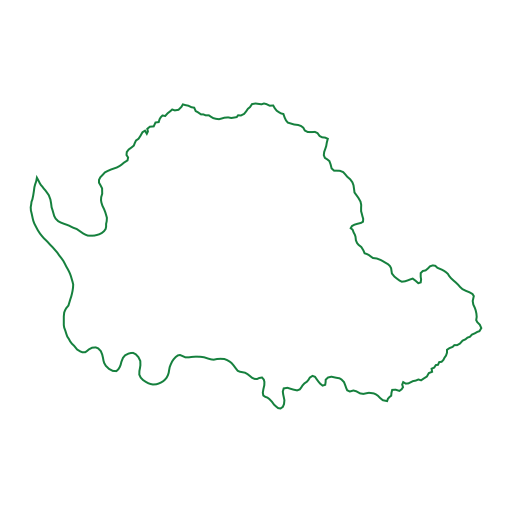 Felixlândia, Minas Gerais, Brazil
{"feature_id": "56859067B66190002912803", "entity_name": "Felixlândia", "entity_type": "district", "adm_level": 2, "iso_a3": "BRA", "parent_name": "Brazil", "parent_adm1": "Minas Gerais", "projection": "albers", "projection_center": [-44.964, -18.693], "detail": "fine", "context": "isolated", "style": "outline", "palette": "green", "viewbox_px": 512, "rotation_deg": 0, "n_neighbors": 0, "source": "geoboundaries", "source_scale": "gbopen_adm2", "svg_char_len": 6030}
<svg xmlns="http://www.w3.org/2000/svg" viewBox="0 0 512 512"><path d="M327.8,138.8L325.1,137.6L322.1,137.3L319.6,136.0L317.5,133.1L314.9,131.9L311.6,132.1L307.7,132.0L304.8,130.5L303.3,127.7L301.0,126.0L298.2,125.0L294.1,124.5L287.8,122.6L286.0,120.4L284.7,117.7L283.4,114.0L281.0,113.4L278.9,112.2L276.7,110.7L274.8,108.3L273.2,105.5L269.7,105.7L266.4,104.1L264.0,103.5L261.5,104.3L255.5,103.5L252.0,104.1L250.0,107.1L247.9,108.8L246.2,111.3L244.1,113.9L240.9,115.5L238.1,115.3L236.7,117.1L234.4,117.5L231.3,118.0L228.2,117.4L224.4,117.7L221.7,118.5L219.0,119.2L215.9,118.8L213.2,118.1L211.0,116.8L208.8,115.3L205.6,115.3L203.3,114.4L201.0,114.4L197.8,112.2L195.7,111.1L194.2,107.7L191.4,107.2L188.3,105.7L185.3,105.1L182.9,104.4L181.4,106.9L178.5,109.8L174.8,110.4L172.2,109.5L170.3,111.2L167.6,113.3L165.2,116.0L162.5,115.5L160.8,117.2L159.6,119.2L158.7,122.1L155.5,122.5L153.7,126.4L149.9,126.7L147.3,128.8L147.9,131.5L146.8,133.8L145.0,130.7L142.5,132.2L140.3,136.1L138.5,138.8L136.0,140.5L134.8,143.0L133.8,145.6L131.6,147.4L128.7,149.5L126.8,152.0L126.5,155.0L128.1,157.5L127.5,160.4L124.0,162.6L121.5,164.7L119.6,166.0L116.8,167.5L111.0,169.5L107.6,171.0L104.9,172.4L102.8,174.7L100.3,177.3L99.0,179.9L99.0,182.7L100.5,185.3L102.1,188.4L102.2,193.8L101.2,197.1L101.0,200.2L101.4,202.5L102.4,205.7L104.1,209.2L105.3,212.3L106.2,215.3L106.9,217.8L106.7,221.2L106.1,223.9L106.1,226.7L105.6,229.0L104.0,231.2L101.8,233.0L99.2,234.3L96.8,235.0L94.2,235.6L90.5,235.7L87.8,235.6L85.5,234.7L83.2,233.5L76.7,229.0L73.4,227.8L71.3,226.8L69.2,225.7L66.9,224.8L64.0,223.8L60.9,222.6L58.2,221.2L55.6,218.6L54.2,216.0L53.4,213.2L52.6,210.4L51.6,207.3L51.1,203.4L50.4,199.5L48.8,195.2L46.7,192.2L45.3,190.3L43.7,188.5L42.4,186.7L40.8,184.9L39.6,182.9L38.6,180.8L36.9,177.7L36.2,181.3L35.1,184.5L34.4,187.2L33.9,191.0L33.2,195.5L32.4,199.3L31.5,201.8L31.2,204.3L30.7,207.3L30.9,210.5L31.6,213.3L32.7,218.4L33.3,220.8L34.3,223.5L35.9,226.6L37.8,230.2L40.0,233.6L42.0,236.1L43.9,238.3L45.8,240.1L47.6,241.9L50.1,244.7L52.5,247.1L57.3,252.6L59.2,255.4L61.5,258.3L63.4,261.0L64.9,263.8L66.3,266.6L67.8,269.2L69.0,271.5L70.0,273.7L70.9,276.2L72.6,282.0L73.2,284.6L73.0,287.8L72.5,291.1L71.9,293.9L71.2,296.6L70.3,299.3L69.5,302.0L68.4,305.6L66.2,308.2L65.1,310.2L64.2,312.5L63.8,316.4L63.8,325.1L64.2,327.6L65.3,330.6L66.4,334.1L67.3,336.6L68.9,339.0L70.1,341.3L71.8,343.6L74.1,345.8L77.1,349.5L80.4,351.5L82.5,352.3L85.3,352.2L87.0,351.0L88.9,349.4L92.1,347.7L95.7,347.4L98.2,348.4L100.8,351.1L102.2,354.5L103.0,357.9L103.5,360.7L104.2,363.0L105.8,365.8L109.0,368.9L112.8,370.9L116.4,371.1L118.4,369.2L119.7,367.1L120.6,364.9L121.4,361.8L123.0,357.8L125.1,355.3L128.5,353.6L130.9,353.0L133.1,352.9L135.8,354.3L138.4,357.1L140.3,361.0L140.4,365.2L140.0,367.9L139.4,371.0L139.3,374.6L140.7,377.6L143.0,380.0L145.7,381.8L148.2,383.2L150.5,384.0L152.9,384.5L156.2,384.3L158.5,383.6L161.0,382.5L163.2,381.2L164.9,379.7L166.6,377.7L167.9,375.2L168.7,372.7L169.1,370.2L169.7,367.1L170.7,364.5L172.1,361.5L173.6,359.3L175.7,357.0L177.9,355.4L180.0,355.0L182.4,356.0L185.3,357.3L189.1,357.3L192.1,356.9L195.2,356.7L197.8,356.7L200.7,356.8L204.2,357.3L208.2,358.6L211.2,359.4L213.7,359.7L217.0,359.0L220.5,358.8L224.3,359.0L227.1,360.1L229.7,361.6L231.5,363.0L233.5,365.3L235.8,368.4L237.7,370.8L239.8,371.7L245.0,372.7L247.5,374.1L249.8,375.9L252.1,377.8L254.6,378.9L257.1,379.0L259.2,378.0L262.0,377.5L263.8,379.6L264.4,381.9L264.3,385.2L263.4,389.1L262.8,392.7L263.3,395.5L265.2,396.8L267.4,397.6L269.3,399.0L271.9,401.7L274.0,404.6L276.1,406.5L278.1,408.1L280.5,408.5L282.8,406.9L284.0,404.1L284.4,400.3L283.8,397.3L283.2,394.5L282.8,391.6L283.7,388.4L287.5,387.8L290.0,388.6L293.4,389.6L297.1,390.4L299.8,389.4L301.3,387.4L302.5,385.5L304.4,383.4L306.9,381.7L308.5,379.8L309.8,377.6L312.5,375.9L315.0,376.8L316.8,379.4L318.5,381.7L320.2,383.7L322.6,385.6L325.2,384.8L325.6,382.1L325.7,379.7L328.0,377.5L331.4,376.7L336.0,377.7L339.5,378.3L341.5,379.5L344.0,382.1L345.4,385.7L346.2,388.0L347.2,390.3L349.8,391.5L353.4,390.5L356.3,391.3L360.1,393.4L363.4,393.9L366.2,393.3L368.9,392.8L371.5,393.1L373.7,393.4L375.8,394.3L378.0,395.8L380.1,398.0L382.8,400.2L387.1,401.1L387.9,398.8L389.4,397.1L391.2,395.7L391.5,392.7L392.2,389.9L395.6,389.7L399.4,390.9L401.6,389.3L403.0,387.2L402.2,384.6L403.2,382.1L405.7,383.6L408.4,383.4L410.4,382.4L413.0,381.1L415.7,380.6L418.4,379.5L421.1,380.3L423.9,378.4L426.9,376.5L428.8,373.1L432.1,371.8L431.6,368.7L434.2,367.6L435.8,365.1L438.0,364.8L439.2,362.1L441.6,361.8L443.4,359.9L444.5,357.7L446.0,355.6L447.0,352.7L447.0,349.8L449.5,348.1L452.6,346.9L454.4,345.1L457.2,345.1L459.9,343.6L462.6,340.6L465.5,339.3L467.5,337.6L469.9,336.8L471.9,334.6L474.9,333.3L477.3,331.9L479.4,331.2L481.3,328.1L479.8,324.7L477.3,322.2L476.2,320.1L476.7,316.9L476.4,313.6L475.7,310.4L474.8,307.8L473.3,304.6L472.7,301.0L473.8,296.1L472.5,294.0L469.5,292.3L465.8,290.8L462.4,289.1L460.1,287.0L458.1,284.7L455.7,282.4L453.7,280.7L451.0,278.2L449.1,275.9L447.9,273.9L446.1,272.3L444.1,270.9L441.9,269.7L439.8,268.8L437.4,267.8L435.3,265.8L432.8,265.4L430.0,266.3L428.0,268.4L425.6,270.4L422.8,271.0L420.7,273.1L420.7,276.9L421.1,279.5L420.7,282.4L418.3,283.2L415.6,280.8L412.7,278.6L410.0,279.5L407.7,280.4L405.0,281.3L401.8,281.7L399.6,280.6L396.9,278.6L394.4,276.6L391.9,273.5L391.1,268.2L389.9,266.0L388.0,264.2L384.9,262.4L382.9,261.2L380.7,260.0L376.8,258.5L372.9,258.0L370.8,256.5L368.8,255.0L366.8,254.0L364.6,253.3L363.4,250.4L361.3,247.0L358.6,244.9L357.1,243.1L355.9,240.3L355.5,236.7L354.8,234.6L353.7,232.6L352.6,229.7L350.7,228.2L352.0,226.0L354.4,224.7L357.4,223.8L361.0,222.9L363.0,221.7L363.2,218.9L362.4,216.1L361.8,213.7L361.1,211.2L361.1,207.9L361.2,204.9L360.5,201.6L358.4,197.9L356.4,195.1L354.5,192.5L354.1,189.4L353.5,185.3L352.4,182.3L350.2,179.3L347.2,176.7L345.3,174.4L343.2,172.1L339.9,170.8L337.3,170.7L334.1,170.7L331.6,168.4L330.6,164.4L329.4,161.1L327.3,159.4L324.9,157.9L323.8,155.2L324.2,151.9L325.3,148.8L326.2,146.1L326.8,142.6L327.8,138.8Z" fill="none" stroke="#15803d" stroke-width="2"/></svg>